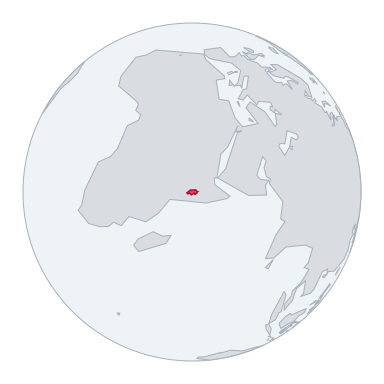 the Earth from above Gedo, rotated 52°
{"feature_id": "SOM-2314", "entity_name": "Gedo", "entity_type": "Region", "adm_level": 1, "iso_a3": "SOM", "parent_name": "Somalia", "parent_adm1": "", "projection": "orthographic", "projection_center": [41.827, 2.779], "detail": "fine", "context": "on_globe", "style": "filled", "palette": "rose", "viewbox_px": 384, "rotation_deg": 52, "n_neighbors": 0, "source": "natural_earth", "source_scale": "10m", "svg_char_len": 7314}
<svg xmlns="http://www.w3.org/2000/svg" viewBox="0 0 384 384"><g transform="rotate(52 192 192)"><circle cx="192" cy="192" r="169" fill="#eef3f6" stroke="#a8b0b8"/><path d="M23.1,195.9L25.0,201.6L28.1,209.9L29.4,220.2L29.7,231.4L36.5,256.0L38.4,262.4L33.2,249.7L29.0,236.6L25.9,223.2L24.0,209.6L23.1,195.9ZM288.1,53.0L289.4,53.9L289.5,54.0L301.6,63.4L312.7,73.8L321.5,84.5L327.2,91.2L330.1,95.3L330.8,97.3L326.6,91.3L323.9,88.6L321.4,85.3L321.2,87.2L317.6,82.5L319.2,86.8L322.7,90.8L324.3,90.4L327.2,96.9L333.6,104.5L338.5,113.5L341.8,128.7L338.8,133.2L339.5,136.1L336.2,132.6L335.0,138.3L343.8,155.9L344.7,161.0L341.3,170.4L340.6,166.6L331.8,157.1L332.5,169.3L339.3,179.7L341.7,192.0L337.5,188.0L334.8,177.3L331.6,173.6L330.8,162.9L325.0,147.3L320.6,150.2L319.3,144.0L310.6,131.6L303.5,135.5L293.2,151.9L294.4,168.0L289.7,175.2L277.4,152.2L272.6,137.1L267.7,138.6L255.4,126.3L232.9,125.8L230.1,122.1L225.7,123.9L217.2,120.3L213.1,114.3L207.7,114.7L218.7,130.7L224.5,130.3L230.0,124.1L231.9,129.9L240.3,135.1L229.5,149.6L196.8,163.1L194.3,151.1L173.3,119.8L174.4,116.4L174.3,116.0L174.1,115.3L171.4,120.9L168.1,115.0L178.5,136.3L179.9,145.9L196.3,163.8L194.6,165.7L200.1,169.5L218.7,164.7L218.6,168.8L209.4,187.7L184.3,213.9L188.1,231.6L187.1,246.7L172.5,256.8L174.9,268.4L167.5,272.5L167.8,279.1L162.5,286.1L153.3,292.8L136.3,292.9L134.4,287.0L124.6,275.4L110.6,247.2L113.9,234.3L112.0,224.2L99.9,202.1L102.5,189.9L99.5,184.8L93.1,186.1L89.8,180.0L86.0,179.9L63.3,184.5L57.1,176.7L51.3,153.1L55.9,143.7L57.9,133.0L90.5,97.8L96.1,99.6L120.2,95.1L123.0,96.3L118.7,104.0L135.6,113.5L142.8,106.9L159.6,112.3L171.7,112.1L178.6,97.8L158.8,97.6L156.8,90.8L173.9,85.1L191.4,86.2L191.2,83.7L181.3,77.9L186.6,73.6L178.0,75.7L180.6,78.2L175.3,79.8L172.7,77.7L174.6,76.1L169.7,74.9L161.6,83.7L163.3,87.2L149.6,88.8L151.1,95.1L147.0,98.1L142.8,88.7L144.2,85.3L135.4,76.2L132.7,79.7L140.8,88.9L137.7,88.2L134.2,93.9L134.5,89.0L126.3,78.9L114.8,81.4L97.9,95.9L91.6,97.4L87.4,94.9L95.7,80.6L108.8,79.0L111.9,74.7L111.2,69.0L115.2,69.3L116.5,67.0L121.7,66.5L130.8,61.0L136.3,60.3L141.6,54.0L145.2,53.0L141.0,56.9L141.0,59.6L154.9,59.1L158.1,57.8L160.5,53.9L164.0,54.7L164.6,51.0L173.4,49.8L163.1,48.6L165.6,44.8L171.9,42.2L170.9,41.0L160.6,45.4L158.1,47.5L159.0,49.5L150.8,56.0L145.6,57.2L147.2,50.2L140.0,51.4L144.4,46.1L169.6,36.2L179.1,34.8L191.1,39.3L187.9,41.2L181.9,40.3L185.8,44.1L186.2,42.3L189.2,43.2L192.3,40.5L194.5,41.1L193.8,37.9L196.8,38.3L197.3,40.3L204.6,37.5L211.4,38.1L212.0,37.3L210.7,36.2L220.3,38.2L220.3,37.5L217.2,36.6L215.1,34.8L215.2,32.7L218.5,33.4L219.0,34.3L224.8,37.6L225.4,40.3L226.7,40.5L227.0,38.4L219.9,34.2L219.0,32.8L222.9,34.5L221.5,33.7L222.1,33.3L225.8,33.7L221.7,31.9L223.9,27.9L231.4,29.0L234.6,30.5L239.6,30.3L247.6,32.7L244.7,31.6L245.1,31.6L242.6,30.8L241.3,30.4L253.6,34.7L265.6,39.9L277.1,46.0L288.1,53.0ZM77.8,115.2L76.5,118.3L77.8,115.2ZM209.2,95.5L220.2,96.4L216.6,87.6L220.5,87.4L217.8,84.8L216.3,87.0L209.9,80.0L215.1,77.8L214.5,74.4L210.7,74.0L202.2,79.3L211.2,89.1L208.1,92.6L209.2,95.5ZM118.7,56.6L119.8,57.7L116.9,60.2L109.9,62.5L114.0,58.7L118.7,56.6ZM122.0,58.9L125.5,52.1L130.0,50.9L126.9,52.6L129.5,52.5L125.2,55.4L126.0,61.5L123.5,64.2L112.1,66.0L117.2,63.7L115.8,62.5L122.0,58.9ZM126.6,41.4L128.2,39.7L135.8,39.1L133.5,40.8L126.4,42.8L125.0,41.9L126.6,41.4ZM166.3,25.0L169.1,24.6L167.5,25.1L170.3,24.7L173.8,24.5L173.0,25.1L170.0,25.1L171.3,25.9L166.6,26.4L167.0,26.4L163.0,27.2L158.9,28.5L157.0,28.7L156.3,29.1L153.6,29.8L151.9,30.6L147.9,31.3L145.5,32.4L144.9,32.2L141.9,34.0L142.3,33.0L138.9,34.2L140.3,34.5L122.6,39.0L114.8,42.4L108.1,46.0L109.7,44.6L117.1,40.6L126.8,36.1L134.1,33.4L133.5,33.5L136.8,32.3L135.9,32.7L139.3,31.5L141.8,30.7L150.4,28.2L150.6,28.2L166.3,25.0ZM173.8,24.0L170.9,24.4L169.0,24.6L173.8,24.0ZM127.0,93.4L129.3,93.7L133.2,93.3L131.0,97.2L127.0,93.4ZM121.3,86.5L123.5,86.0L122.3,90.8L119.9,90.7L121.3,86.5ZM125.7,81.9L123.7,85.6L123.4,83.6L125.7,81.9ZM143.2,56.4L145.7,55.9L145.5,56.8L143.7,58.2L143.2,56.4ZM175.9,29.4L174.6,28.9L175.6,28.6L176.2,27.2L179.7,27.1L180.8,27.8L175.9,29.4ZM174.7,100.2L170.6,102.9L169.0,101.6L170.7,100.9L174.7,100.2ZM149.3,99.8L154.6,101.7L148.7,100.9L149.3,99.8ZM179.8,29.0L179.7,28.3L181.5,28.7L179.8,29.0ZM182.4,26.9L184.7,27.1L180.2,26.9L182.4,26.9ZM242.9,323.5L244.1,325.4L241.4,325.6L242.9,323.5ZM216.5,244.1L206.1,270.6L197.9,270.7L195.9,263.0L199.4,247.0L208.7,242.4L213.2,235.2L216.5,244.1ZM354.4,221.8L355.3,222.8L355.2,223.6L354.4,221.8ZM353.6,218.9L354.9,219.3L353.1,220.6L353.6,218.9ZM355.4,219.5L356.7,218.2L357.3,217.0L356.9,218.7L355.4,219.5ZM352.6,218.8L345.5,218.0L342.2,215.8L343.3,212.9L348.7,213.9L352.6,218.8ZM343.1,212.8L337.5,204.4L327.1,180.7L330.9,181.2L341.2,195.5L340.6,198.0L344.0,204.6L343.1,212.8ZM354.9,198.5L354.3,206.0L350.7,205.0L348.9,203.7L347.7,194.0L348.4,189.2L350.0,189.4L354.2,173.7L356.1,177.9L355.3,184.5L356.7,191.2L354.9,198.5ZM295.2,169.5L299.5,179.2L296.7,180.8L295.2,169.5ZM354.4,162.8L353.7,169.5L353.8,160.4L354.4,162.8ZM353.5,154.3L354.3,157.8L353.0,154.3L353.5,154.3ZM340.9,140.8L339.3,141.5L338.5,139.1L340.1,136.8L340.9,140.8ZM342.3,121.2L345.1,128.0L345.8,130.3L343.7,126.1L342.3,121.2ZM209.8,29.8L205.1,31.7L204.0,33.6L207.1,35.3L200.7,34.0L202.4,31.0L209.8,29.8ZM221.9,27.9L219.1,26.9L221.6,27.2L222.6,27.5L221.9,27.9ZM219.3,27.4L213.5,26.5L212.8,25.9L217.5,26.7L219.3,27.4ZM196.6,26.8L194.9,27.2L193.5,26.8L196.6,26.8ZM335.4,281.4L326.3,290.6L325.8,288.8L329.4,283.9L335.9,268.6L336.4,269.0L340.4,258.9L348.2,250.3L354.8,234.3L355.1,235.9L356.8,229.4L353.1,243.0L348.2,256.3L342.3,269.1L335.4,281.4ZM356.5,223.2L358.3,217.6L358.6,217.3L356.5,223.2ZM360.9,196.2L360.9,194.9L360.9,194.6L360.9,196.2ZM360.1,201.9L360.0,203.9L359.8,202.2L360.1,201.9ZM360.4,200.9L360.6,203.5L360.3,202.5L360.4,200.9ZM357.5,193.0L357.9,197.7L359.1,195.0L358.1,199.1L358.5,207.0L358.0,209.9L357.8,201.3L356.9,209.9L356.3,209.6L356.4,202.1L357.3,193.2L357.8,189.7L359.8,188.8L357.5,193.0ZM360.6,195.2L360.4,189.7L360.4,186.2L360.7,189.1L360.6,195.2ZM359.1,176.5L357.7,170.2L357.1,172.3L357.5,164.3L358.9,171.6L359.1,176.5ZM356.7,163.0L356.3,164.9L356.2,160.2L356.7,163.0ZM355.7,162.8L354.9,158.6L355.6,159.3L355.7,162.8ZM357.1,163.3L355.8,156.3L356.9,160.5L357.1,163.3ZM352.5,149.4L355.4,156.4L352.9,153.1L349.2,139.9L350.0,139.8L352.5,149.4ZM333.7,100.0L334.1,100.7L331.9,97.4L331.8,97.2L333.7,100.0ZM331.4,96.5L332.2,98.0L333.5,99.7L336.8,105.1L333.1,99.6L329.7,94.1L329.5,93.8L331.4,96.5ZM239.8,30.0L238.7,29.6L239.8,30.0ZM233.5,28.2L234.8,28.6L232.8,28.1L233.0,28.1L233.5,28.2Z" fill="#d9dde1" stroke="#a8b0b8" stroke-width="1"/><path d="M192.2,188.5L192.2,188.4L192.3,188.4L192.3,188.2L192.5,188.0L192.7,187.9L192.8,187.8L193.2,187.8L193.4,187.8L193.7,187.7L194.2,187.7L194.6,187.6L194.8,187.6L195.0,187.5L195.1,187.4L195.1,187.5L195.7,188.6L195.9,188.8L195.8,189.4L195.7,190.7L195.7,191.2L195.2,191.2L194.3,191.1L194.1,192.1L194.0,192.6L193.7,194.4L191.5,194.5L190.8,196.5L189.5,196.6L189.5,196.1L189.5,195.8L189.5,195.4L189.5,195.0L189.5,194.7L189.5,194.3L189.5,194.0L189.5,193.7L189.5,193.4L189.5,193.0L189.5,192.8L189.5,192.4L189.5,192.1L189.5,191.9L189.6,191.7L189.8,191.5L190.1,191.2L190.3,191.0L190.6,190.8L190.7,190.5L190.9,190.3L191.0,190.1L191.2,189.9L191.4,189.5L191.7,189.2L191.9,188.8L192.2,188.5Z" fill="#f43f5e" stroke="#9f1239" stroke-width="1.5"/></g></svg>